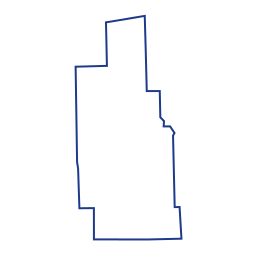 outline of Ashland, Ohio, United States of America, rotated 179°
{"feature_id": "52423323B55530951280256", "entity_name": "Ashland", "entity_type": "district", "adm_level": 2, "iso_a3": "USA", "parent_name": "United States of America", "parent_adm1": "Ohio", "projection": "orthographic", "projection_center": [-82.294, 40.81], "detail": "fine", "context": "isolated", "style": "outline", "palette": "blue", "viewbox_px": 256, "rotation_deg": 179, "n_neighbors": 0, "source": "geoboundaries", "source_scale": "gbopen_adm2", "svg_char_len": 435}
<svg xmlns="http://www.w3.org/2000/svg" viewBox="0 0 256 256"><g transform="rotate(179 128 128)"><path d="M179.3,190.2L179.5,94.7L178.6,88.3L178.0,48.6L163.5,48.5L164.0,17.2L109.6,16.2L76.5,16.4L77.8,48.1L82.7,48.1L83.1,119.6L81.6,122.2L85.9,128.9L92.3,129.0L91.9,134.3L95.5,138.1L95.6,164.4L108.6,164.6L108.9,203.2L109.3,239.8L148.2,234.0L148.1,222.4L148.0,190.5L179.3,190.2Z" fill="none" stroke="#1e3a8a" stroke-width="2"/></g></svg>